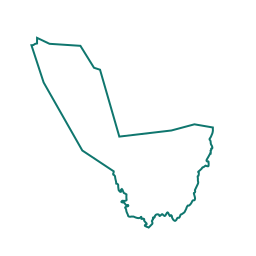 the district of Dolores, Copán, Honduras, rotated 172°
{"feature_id": "27666195B68227571253463", "entity_name": "Dolores", "entity_type": "district", "adm_level": 2, "iso_a3": "HND", "parent_name": "Honduras", "parent_adm1": "Copán", "projection": "robinson", "projection_center": [-88.864, 14.902], "detail": "fine", "context": "isolated", "style": "outline", "palette": "teal", "viewbox_px": 256, "rotation_deg": 172, "n_neighbors": 0, "source": "geoboundaries", "source_scale": "gbopen_adm2", "svg_char_len": 5083}
<svg xmlns="http://www.w3.org/2000/svg" viewBox="0 0 256 256"><g transform="rotate(172 128 128)"><path d="M212.1,223.4L205.2,184.8L176.4,112.1L148.2,87.1L148.3,86.5L148.5,85.8L148.7,85.3L149.1,84.7L149.1,84.2L149.0,83.8L148.4,83.4L148.1,83.0L147.7,82.3L147.6,81.9L147.6,81.4L147.6,80.6L147.6,79.8L147.4,77.7L147.3,76.6L147.3,75.4L147.4,74.6L146.7,74.3L146.2,74.0L146.0,73.8L145.9,73.6L145.7,73.2L145.7,72.3L145.9,71.0L145.9,70.1L145.9,68.4L145.9,68.0L145.8,67.6L145.3,66.8L145.1,66.5L144.9,66.2L144.7,66.0L144.4,65.8L144.2,65.8L143.9,65.8L143.7,66.1L143.7,66.3L143.8,66.7L143.8,67.0L143.8,67.3L143.7,67.6L143.4,67.9L143.0,68.2L142.6,68.4L142.3,68.0L142.1,67.6L141.4,64.9L141.1,64.2L140.5,63.8L139.8,63.3L138.8,62.5L138.8,62.4L138.8,62.2L138.9,61.7L139.1,60.7L139.3,59.1L139.4,58.4L139.3,57.7L139.4,57.3L139.5,57.0L139.6,56.7L139.9,56.6L140.0,56.5L140.9,56.3L141.4,56.3L141.7,56.3L142.2,56.3L143.2,56.7L143.7,56.7L144.0,56.6L144.3,56.4L144.6,56.1L144.8,55.9L144.8,55.7L144.7,55.5L144.5,55.4L144.1,55.2L143.3,54.9L142.5,54.8L142.3,54.7L142.1,54.5L141.8,53.9L141.0,52.5L140.8,52.2L140.6,52.0L140.3,51.8L140.0,51.8L139.6,51.7L139.2,51.8L138.7,51.7L138.6,51.4L138.5,51.2L138.6,50.9L138.7,50.7L138.9,50.6L139.2,50.5L139.8,50.5L140.9,50.3L141.2,50.1L141.7,49.9L141.8,49.8L141.9,49.6L141.9,49.4L141.7,49.0L141.4,48.3L141.3,48.1L141.2,47.4L141.2,46.2L141.1,45.3L140.9,44.5L140.6,43.4L140.3,42.5L140.1,41.1L140.0,40.8L139.9,40.6L139.7,40.4L139.2,40.1L138.9,40.0L138.2,39.8L137.7,39.8L136.7,39.8L136.2,39.7L135.3,39.6L134.9,39.5L134.3,39.2L133.2,38.5L132.4,38.1L131.5,37.7L130.6,37.4L130.2,37.3L129.6,37.3L128.5,37.4L128.3,37.5L128.0,37.6L127.6,38.1L127.3,38.1L127.2,37.9L127.1,37.7L127.1,37.0L127.2,36.3L127.2,36.1L126.5,36.0L125.9,36.1L125.5,36.1L125.1,35.9L124.8,35.7L124.7,35.4L124.7,35.2L124.7,34.9L124.9,34.5L124.9,34.2L124.7,33.6L124.4,33.1L123.8,32.2L123.3,31.5L123.0,31.1L122.9,30.7L122.9,30.3L123.1,30.1L123.2,29.9L123.5,29.8L124.0,29.9L124.3,29.8L124.6,29.5L124.8,29.3L124.9,29.0L124.9,28.9L124.7,28.6L123.3,27.6L122.9,27.4L122.1,27.0L121.9,26.9L121.7,26.7L122.0,26.1L120.0,27.6L117.8,29.3L117.4,29.6L117.2,29.9L117.1,30.1L117.0,31.2L117.1,31.7L117.3,32.2L117.3,32.5L117.1,32.8L116.7,33.4L116.4,33.7L116.0,33.9L115.9,34.1L115.8,34.4L115.9,34.9L115.9,35.2L115.8,35.6L115.7,35.8L115.4,35.9L115.2,35.5L115.0,35.4L114.9,35.4L114.6,35.5L114.2,35.8L114.0,36.1L113.8,36.4L113.6,37.1L113.2,37.5L112.8,37.9L112.4,38.2L112.0,38.3L111.7,38.4L111.2,38.4L110.7,38.4L110.1,38.2L109.8,38.1L109.6,37.9L109.4,37.6L109.3,37.3L109.2,36.9L109.1,36.7L108.9,36.5L108.7,36.5L108.4,36.6L107.5,37.2L106.7,37.7L106.2,37.9L105.8,37.7L105.2,36.9L104.4,36.1L104.2,35.9L103.9,35.8L103.6,35.9L103.2,36.1L102.1,37.5L101.3,38.5L101.0,38.7L100.7,38.9L100.4,38.8L100.3,38.7L100.0,38.3L99.5,36.6L99.1,35.7L98.9,35.2L98.7,35.0L98.3,35.2L98.2,35.4L98.1,35.6L97.9,35.7L97.6,35.6L97.4,35.6L97.2,35.3L97.0,35.1L96.9,34.8L96.8,34.5L96.9,33.4L96.7,32.8L96.5,32.2L96.3,31.7L96.1,31.2L95.8,30.7L95.3,30.1L94.8,29.7L94.6,29.6L94.4,29.5L94.2,29.5L93.4,29.9L92.9,30.3L92.6,30.7L92.1,31.5L91.8,31.8L91.6,32.0L91.2,32.1L90.9,32.2L90.7,32.1L90.3,32.0L90.0,32.0L89.8,32.1L89.6,32.2L89.4,32.4L88.9,33.2L88.2,34.5L87.9,34.9L87.7,35.0L87.1,35.1L86.5,35.3L84.9,36.1L84.2,36.5L83.9,36.7L83.5,37.1L83.1,37.7L81.8,39.6L81.4,40.2L81.1,41.0L80.9,41.3L80.4,42.0L79.7,42.8L79.4,42.9L79.0,42.7L78.7,42.7L78.2,42.8L77.8,43.1L77.4,43.3L76.9,43.7L76.0,44.6L75.3,45.5L74.6,46.5L74.2,47.0L73.9,47.2L73.5,47.3L73.2,47.3L72.7,47.2L72.2,47.3L72.0,47.5L71.8,47.8L71.6,48.4L71.4,48.9L71.4,49.6L71.4,50.2L71.9,54.0L71.8,54.3L71.7,54.5L71.1,54.7L70.9,54.8L70.7,55.0L70.4,55.5L70.3,55.9L70.3,56.3L70.4,56.8L70.4,57.1L70.3,57.3L67.2,62.0L66.5,63.1L66.2,63.8L66.1,64.2L66.0,64.6L66.0,64.9L66.1,65.4L66.1,65.8L66.1,66.4L65.8,68.3L65.8,68.9L65.8,69.7L65.8,70.2L65.7,70.4L65.6,70.6L65.1,70.8L64.9,70.9L64.8,71.1L64.6,71.6L64.4,72.2L64.2,73.2L64.1,73.7L64.1,74.1L64.2,74.3L64.3,74.4L64.6,74.6L64.6,74.8L64.4,75.0L63.6,75.5L62.5,76.2L61.0,77.3L60.6,77.6L60.0,78.4L59.5,78.7L59.3,78.7L58.9,78.7L58.7,78.7L57.1,79.6L56.5,79.9L56.3,79.9L56.0,79.6L55.5,79.4L55.0,79.2L54.4,79.0L54.0,79.0L53.8,79.0L53.6,79.2L53.5,79.4L53.3,80.3L53.1,81.5L53.0,83.0L53.0,83.5L53.3,83.8L53.7,83.7L53.9,83.7L54.1,83.8L54.3,83.9L54.5,84.2L54.7,84.6L54.8,84.7L54.7,85.0L54.6,85.4L54.3,85.9L52.1,88.7L50.7,90.6L50.5,90.9L50.4,90.9L50.2,91.0L50.0,90.9L49.8,90.9L49.7,91.0L49.7,91.3L49.9,91.6L49.9,91.9L49.8,92.1L49.4,92.4L49.3,92.7L49.3,93.0L49.4,93.4L49.4,93.6L49.4,93.9L49.4,94.1L49.2,94.3L48.7,94.6L48.6,94.9L48.5,95.1L48.6,95.5L48.5,95.9L48.4,96.0L48.1,96.2L47.8,96.1L47.5,96.1L47.4,96.2L47.3,96.4L47.2,96.7L47.2,97.1L47.2,97.5L47.3,98.1L47.5,98.9L48.0,100.0L48.1,100.3L48.1,100.7L48.2,101.3L48.1,102.5L48.1,103.5L48.2,103.9L48.3,104.3L48.8,105.1L48.8,105.3L48.8,105.6L48.7,105.8L48.6,106.1L47.8,106.9L47.5,107.3L47.0,108.0L45.3,110.8L44.9,111.7L44.6,112.6L44.3,113.6L44.1,115.2L43.9,116.7L61.7,122.4L85.4,119.5L137.8,120.7L147.6,189.6L153.3,192.4L163.7,216.0L194.0,222.3L205.5,229.9L206.3,224.4L208.4,224.2L210.2,223.3L212.1,223.4Z" fill="none" stroke="#0f766e" stroke-width="2"/></g></svg>